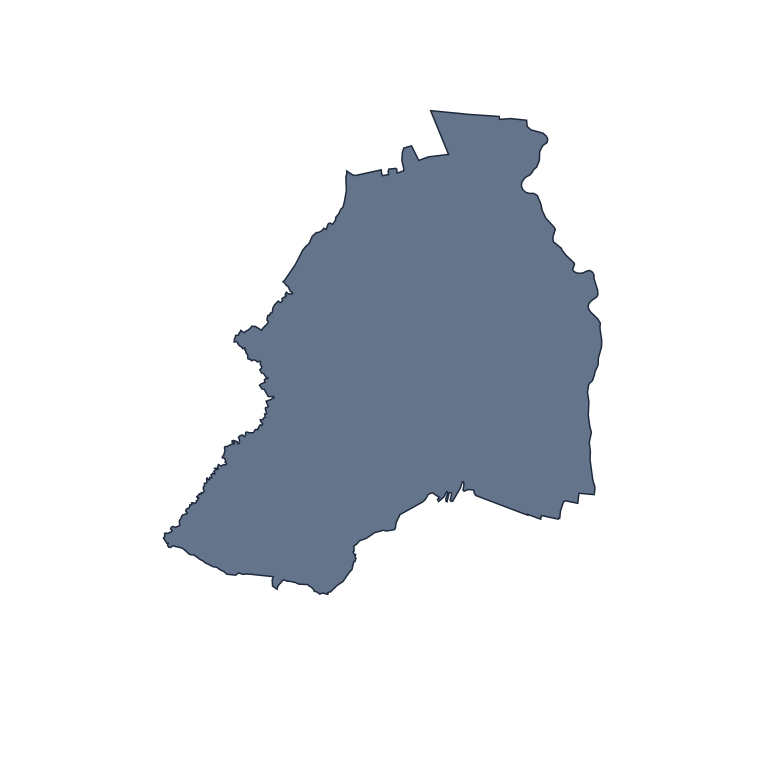 Razvad, Dâmbovita, Romania (Mercator projection), rotated 238°
{"feature_id": "2599482B17073586102426", "entity_name": "Razvad", "entity_type": "district", "adm_level": 2, "iso_a3": "ROU", "parent_name": "Romania", "parent_adm1": "Dâmbovita", "projection": "mercator", "projection_center": [25.513, 44.956], "detail": "fine", "context": "isolated", "style": "filled", "palette": "slate", "viewbox_px": 768, "rotation_deg": 238, "n_neighbors": 0, "source": "geoboundaries", "source_scale": "gbopen_adm2", "svg_char_len": 6171}
<svg xmlns="http://www.w3.org/2000/svg" viewBox="0 0 768 768"><g transform="rotate(238 384 384)"><path d="M532.1,644.7L542.1,631.9L547.2,622.2L549.9,623.4L567.4,599.2L591.1,568.4L544.5,560.4L553.1,542.0L555.2,532.0L571.4,533.5L573.6,525.8L570.2,521.9L564.2,517.7L556.1,514.8L554.4,513.7L555.9,506.9L559.6,508.7L560.5,508.4L563.7,502.0L562.1,500.2L559.2,498.9L561.5,493.1L563.9,493.6L567.1,495.1L576.0,470.1L577.8,468.4L584.4,465.2L582.4,464.2L579.7,461.3L568.0,454.6L560.0,447.4L555.6,442.8L555.2,440.1L552.4,435.9L551.0,431.6L548.6,429.6L546.6,424.9L549.0,423.6L549.4,422.4L549.2,421.2L545.7,416.9L548.0,415.5L547.3,414.0L547.0,412.2L547.1,409.3L548.3,406.7L547.2,401.2L542.8,394.9L542.2,390.8L540.5,385.8L532.2,372.0L524.7,354.9L524.2,352.5L522.1,353.4L519.5,353.3L517.8,354.3L511.9,353.7L510.2,354.7L509.5,354.5L509.1,353.7L511.1,350.7L513.6,349.9L512.1,347.4L511.0,348.1L510.3,347.2L510.0,346.5L510.7,345.3L510.4,342.6L508.5,342.2L508.1,341.0L507.8,339.7L508.3,339.0L510.4,338.3L509.1,333.0L508.0,331.5L507.7,330.4L504.0,327.2L503.7,326.3L504.3,325.5L504.1,324.9L502.9,323.3L503.7,322.0L503.3,321.4L500.3,318.6L498.1,318.9L497.1,317.5L495.6,311.2L494.5,308.6L500.9,305.5L503.1,302.4L502.4,301.2L501.7,297.6L502.1,294.5L501.5,293.2L502.1,292.3L505.4,290.9L504.2,289.5L504.2,288.4L503.0,287.2L502.8,285.9L503.8,284.2L503.6,283.5L502.5,282.8L501.3,280.9L499.1,279.2L498.2,281.2L497.3,281.6L494.9,281.4L492.9,281.7L490.3,283.0L488.8,282.8L488.5,283.3L488.8,284.6L487.9,285.0L486.5,284.0L485.8,284.5L483.6,283.5L481.2,283.9L477.8,282.0L477.0,282.2L476.0,283.7L474.4,283.7L473.6,284.6L474.0,285.6L471.9,287.8L469.6,288.4L469.5,289.9L468.6,291.1L466.4,289.6L463.1,289.3L462.3,288.3L461.9,286.3L460.9,286.1L458.4,286.0L456.3,287.5L451.9,287.5L451.1,288.6L450.4,288.4L451.2,285.3L450.6,284.5L448.4,284.1L449.2,280.0L448.9,277.8L445.0,277.8L443.9,278.3L443.1,279.6L434.6,279.2L431.9,283.7L430.7,283.3L430.6,282.5L431.1,281.7L430.7,280.2L431.9,274.9L426.1,273.9L425.9,272.6L426.8,271.1L426.0,270.3L421.3,268.9L421.1,267.6L421.8,266.9L418.7,265.7L419.0,264.5L418.1,261.9L419.3,260.2L417.7,259.6L414.5,260.0L413.6,258.2L414.7,257.7L414.9,256.9L412.9,253.4L412.2,253.0L413.6,250.5L412.1,248.0L412.1,247.0L413.9,244.1L416.1,242.0L416.2,241.1L413.5,238.8L413.3,238.1L414.0,237.3L415.8,237.0L416.4,234.6L416.0,232.4L413.8,232.0L410.7,230.3L410.3,229.2L410.9,228.3L412.6,229.1L415.9,226.6L416.2,224.9L414.9,224.3L414.0,226.0L412.7,225.6L413.8,222.3L414.1,217.7L415.2,216.1L414.4,214.8L412.1,214.1L408.7,210.5L408.0,208.5L407.0,207.7L405.7,209.4L402.7,209.0L401.8,207.7L400.4,208.4L399.4,207.7L399.5,206.3L400.6,205.5L400.7,202.6L403.4,200.8L401.7,198.8L399.8,198.0L400.1,197.0L401.5,197.0L402.2,196.3L402.1,195.7L401.3,196.4L400.5,196.2L400.1,193.4L397.6,193.1L397.7,192.1L399.1,191.3L398.6,190.5L398.7,189.3L395.9,188.2L397.1,186.6L395.3,185.2L395.4,184.7L398.0,184.2L397.9,183.9L397.2,183.0L394.7,181.9L394.3,181.1L395.0,179.1L392.6,177.6L392.4,176.2L390.2,174.9L388.8,175.2L388.4,174.7L387.7,172.7L388.7,171.5L387.6,170.4L388.3,170.2L388.7,169.2L387.8,167.0L387.7,165.5L387.0,165.3L385.7,166.5L385.2,165.3L384.3,164.6L384.4,163.1L382.9,162.1L383.2,161.0L383.0,160.2L384.6,159.0L385.2,157.8L383.8,157.4L383.5,157.0L384.4,155.3L382.3,153.6L382.6,150.9L382.2,149.3L381.0,148.4L379.3,148.9L378.7,148.5L378.5,147.8L379.6,144.1L379.3,142.6L377.2,140.1L376.8,138.4L376.1,137.7L372.2,135.7L373.1,130.9L375.1,129.6L375.2,127.6L374.1,126.1L372.2,126.7L371.5,125.6L371.3,124.5L371.8,123.5L371.7,122.1L373.4,119.5L373.5,118.7L370.9,117.3L370.3,115.4L363.8,115.4L363.2,116.5L361.9,115.0L359.6,115.0L358.4,116.4L358.7,118.6L358.4,119.9L357.3,120.4L352.6,125.2L350.5,126.5L343.1,128.6L341.5,129.8L339.5,132.3L332.7,135.0L330.3,136.6L327.4,137.5L319.8,142.1L317.2,145.0L312.7,146.9L309.3,149.1L306.1,149.8L300.7,156.6L300.4,157.8L301.0,159.9L300.7,160.6L297.2,163.6L296.2,166.0L293.9,169.3L279.6,187.6L279.1,187.9L277.0,185.3L271.7,182.4L266.6,184.6L268.6,186.6L269.8,189.5L270.2,191.7L271.1,193.3L270.8,195.5L267.6,197.7L266.9,199.2L262.3,203.9L259.5,205.6L254.3,213.0L252.3,213.4L250.6,214.6L247.3,215.3L245.1,215.1L242.9,217.1L239.8,218.2L239.3,221.1L235.6,224.6L236.4,225.2L235.9,225.5L236.7,226.0L236.6,227.4L236.0,228.3L238.0,237.6L238.2,244.5L242.4,254.1L243.6,258.5L249.5,264.4L248.9,265.4L251.1,267.9L252.9,267.8L254.4,269.6L254.9,268.8L256.0,268.6L258.1,268.9L258.3,270.3L262.6,272.6L262.6,275.7L264.0,280.1L262.5,287.4L262.9,297.6L261.1,302.9L260.6,305.7L258.0,308.2L255.0,315.5L255.4,316.9L260.8,321.6L260.8,322.4L262.7,324.7L263.5,326.7L264.8,328.1L263.5,353.7L263.8,356.7L265.5,360.7L266.6,361.9L266.8,364.1L266.1,367.4L258.2,370.9L257.8,368.2L255.4,368.0L256.4,374.5L257.5,377.0L259.2,379.4L259.4,380.1L259.0,380.5L257.2,379.8L254.1,375.7L251.6,374.4L250.7,375.1L257.2,381.6L256.5,383.1L255.6,383.4L254.8,382.9L250.5,378.6L248.9,378.7L248.2,380.2L255.5,393.9L259.5,398.5L259.2,399.5L258.4,399.6L255.4,397.8L252.3,394.8L250.6,395.1L250.0,399.3L246.9,403.5L246.2,403.8L243.4,402.6L241.5,403.0L241.0,402.6L200.5,433.3L196.6,436.4L197.4,436.7L186.3,445.2L189.1,447.7L177.1,460.1L177.7,460.6L176.9,461.7L182.8,466.4L188.9,473.7L188.6,476.2L180.1,485.1L188.1,491.4L178.8,503.6L182.9,507.0L185.4,508.5L191.5,510.0L210.8,518.7L217.0,523.0L225.8,527.2L233.0,534.2L238.9,536.0L249.1,540.6L260.5,548.4L269.2,552.2L274.8,557.0L275.6,558.7L276.4,562.6L280.4,567.5L282.3,569.1L286.8,575.8L292.2,579.4L300.5,588.4L305.9,591.9L316.0,596.3L318.7,597.9L320.8,599.7L325.9,599.8L335.4,597.4L339.2,597.3L341.9,598.4L343.7,600.5L344.7,603.9L345.1,610.6L346.4,612.8L350.7,615.0L362.7,618.1L364.6,619.6L366.6,620.1L369.3,619.8L371.6,618.2L372.5,614.9L372.6,612.1L373.9,609.0L375.8,606.5L378.4,604.8L381.1,604.6L384.5,608.9L385.6,609.4L397.0,606.5L403.0,605.9L405.2,606.3L415.0,603.0L418.9,604.9L424.4,611.2L426.8,611.4L438.7,609.1L447.1,610.1L453.9,612.5L462.5,613.9L466.2,612.1L468.8,608.1L471.8,605.6L475.4,604.7L479.0,605.4L482.0,607.7L483.8,611.6L484.3,614.3L484.0,618.5L485.0,621.8L486.6,624.9L487.0,628.3L491.3,634.3L498.3,639.0L500.7,642.4L502.1,645.4L502.3,650.1L505.0,652.7L508.3,653.0L512.4,651.8L521.8,643.2L526.5,641.9L532.1,644.7Z" fill="#64748b" stroke="#1e293b" stroke-width="1.5"/></g></svg>